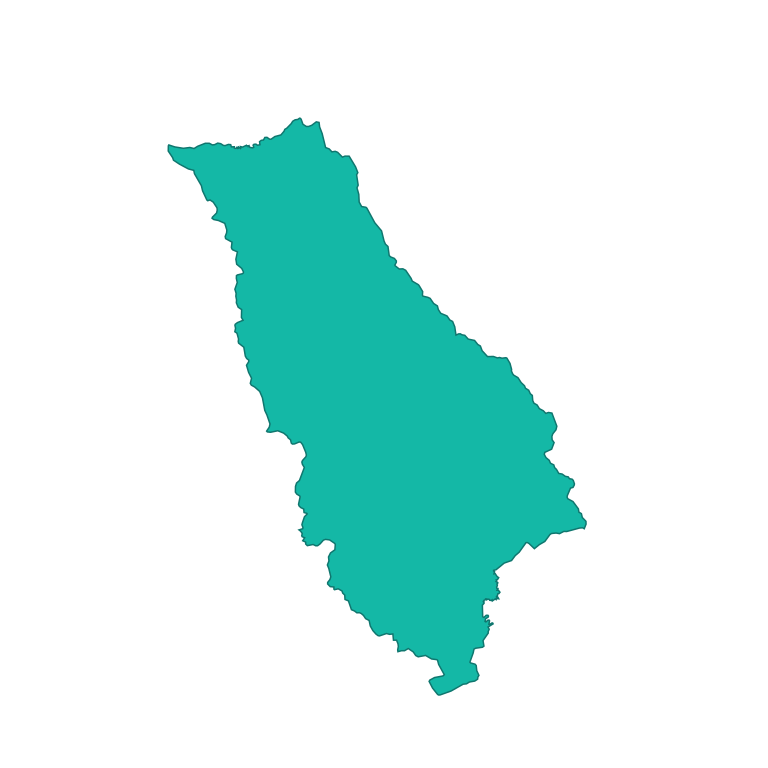 Wang Nuea, Lampang, Thailand, rotated 335°
{"feature_id": "78962969B31160624426446", "entity_name": "Wang Nuea", "entity_type": "district", "adm_level": 2, "iso_a3": "THA", "parent_name": "Thailand", "parent_adm1": "Lampang", "projection": "orthographic", "projection_center": [99.64, 19.158], "detail": "fine", "context": "isolated", "style": "filled", "palette": "teal", "viewbox_px": 768, "rotation_deg": 335, "n_neighbors": 0, "source": "geoboundaries", "source_scale": "gbopen_adm2", "svg_char_len": 6153}
<svg xmlns="http://www.w3.org/2000/svg" viewBox="0 0 768 768"><g transform="rotate(335 384 384)"><path d="M504.3,599.8L507.9,596.4L509.0,593.8L507.3,588.8L508.1,584.9L506.5,582.5L507.4,579.3L505.6,570.4L502.1,565.7L502.1,564.0L502.9,562.7L509.0,557.2L511.6,557.6L513.7,556.0L514.4,555.0L514.8,551.4L514.3,549.8L512.1,548.2L511.7,546.0L509.3,544.3L507.4,540.9L504.6,538.9L504.2,534.2L503.3,531.9L503.7,529.1L501.4,526.1L501.5,523.0L499.7,519.2L499.5,515.6L500.8,513.9L508.4,513.9L513.4,509.0L512.8,505.6L514.0,502.5L515.9,500.5L520.5,498.2L522.8,495.3L523.9,481.3L521.0,479.3L518.2,479.0L517.1,475.6L514.4,472.0L513.9,467.7L511.8,464.8L511.8,461.9L513.6,457.0L512.5,454.7L512.5,450.8L510.4,447.6L510.6,445.0L508.9,440.7L508.1,434.9L505.3,430.8L504.9,429.1L505.0,426.0L505.8,424.7L506.9,418.6L506.3,412.5L505.6,411.7L501.9,410.5L499.9,408.8L497.8,408.3L494.8,405.3L489.4,402.9L487.0,395.3L487.4,390.3L485.7,387.8L484.5,382.8L479.3,378.9L477.8,374.0L475.5,372.4L474.4,370.8L472.8,370.1L469.9,370.1L472.3,362.1L472.6,356.3L470.7,353.8L469.9,349.0L465.3,343.9L464.7,339.5L465.4,335.8L463.0,332.0L462.0,325.9L460.4,324.0L456.4,320.8L456.4,319.7L458.1,316.6L457.5,310.4L457.2,308.7L453.1,302.7L453.2,299.6L451.7,290.1L449.8,287.6L446.4,286.2L444.1,281.6L444.1,280.8L446.6,278.9L447.2,277.7L446.5,274.6L443.7,271.6L443.0,269.8L445.7,261.1L444.4,257.8L444.5,254.3L446.5,244.2L443.8,234.0L442.8,217.4L442.3,216.2L438.7,213.7L438.4,208.6L441.3,201.5L442.4,194.8L444.6,192.9L447.6,182.8L449.6,181.4L450.0,175.2L448.7,162.8L445.0,161.0L442.2,160.8L439.9,154.4L438.1,152.5L434.9,151.6L433.7,147.8L431.0,145.0L433.8,130.9L434.3,123.8L435.7,119.5L433.4,117.8L427.8,119.0L424.4,118.7L422.4,117.7L420.3,114.3L420.8,109.0L420.5,107.9L419.8,107.4L417.7,107.8L415.1,107.0L412.3,107.3L410.0,108.8L403.9,111.1L401.7,111.3L400.2,112.7L395.8,114.7L389.7,113.6L385.1,114.4L383.8,113.8L382.2,111.0L380.2,110.2L377.9,111.9L375.7,111.3L373.6,111.8L372.7,114.7L370.3,114.2L369.3,112.5L367.5,111.8L366.3,112.2L366.0,114.4L364.8,114.5L362.4,112.9L362.4,111.0L361.3,111.4L361.4,110.6L360.2,110.1L360.2,109.5L355.9,109.5L354.3,108.2L354.0,109.6L353.4,109.9L352.3,107.5L351.8,107.6L352.3,108.4L351.6,108.9L350.7,108.6L350.5,107.4L349.6,107.9L348.5,107.5L348.0,106.7L348.6,105.7L345.9,104.6L346.2,102.3L344.2,101.1L340.7,100.8L339.2,99.8L337.6,97.2L335.1,95.4L331.7,95.5L329.5,94.8L327.4,92.0L323.8,90.3L315.6,89.8L311.4,90.3L308.0,87.6L301.8,85.6L294.7,80.8L290.0,76.4L289.2,77.0L286.9,81.7L288.1,89.6L287.8,92.2L291.6,98.4L297.6,106.4L301.9,110.0L301.1,113.3L302.3,127.1L301.2,132.3L301.2,142.3L301.7,143.4L304.1,143.7L306.1,147.0L307.1,153.8L306.3,156.0L304.5,158.3L299.0,160.3L298.2,161.1L299.2,163.0L303.1,165.9L307.6,171.1L306.6,178.1L305.2,180.5L302.4,183.2L301.9,185.3L306.2,191.2L303.4,195.7L303.2,197.2L303.6,198.5L307.0,202.3L302.5,208.3L301.1,213.2L303.9,219.1L304.0,223.1L303.3,224.0L302.2,224.2L297.3,223.2L296.1,223.4L294.8,225.9L293.9,230.0L288.9,235.1L288.3,239.3L286.8,241.9L285.9,245.5L284.5,248.0L284.3,252.8L286.4,256.4L282.9,263.4L283.2,266.7L277.1,266.4L274.4,267.0L273.7,267.8L273.0,270.8L270.9,273.6L272.1,275.5L272.1,276.6L271.2,281.7L269.9,283.8L269.5,285.5L272.5,291.4L270.1,300.1L270.3,302.9L271.5,305.1L270.8,306.6L267.3,308.9L266.2,316.3L266.4,322.8L263.1,326.9L263.3,329.0L265.5,332.0L268.2,338.2L268.0,345.1L264.8,357.5L264.8,362.7L263.8,372.0L261.8,374.6L257.7,377.1L258.0,378.1L260.8,379.8L268.0,381.5L272.3,386.1L274.3,390.3L274.4,392.4L275.7,395.0L275.0,398.4L275.6,399.7L277.6,400.5L282.5,400.7L283.9,401.5L284.6,404.6L284.2,412.9L283.6,415.6L282.5,416.9L277.8,418.9L276.6,420.0L276.1,422.2L276.5,426.0L266.6,435.7L262.9,436.8L260.5,439.4L258.0,444.5L258.4,446.9L260.3,449.8L260.3,450.8L255.7,456.9L255.5,458.6L256.3,460.8L258.4,463.4L257.2,466.7L259.4,468.6L259.5,469.3L255.8,470.7L251.3,475.4L250.1,476.9L249.9,479.8L249.2,480.8L245.3,480.3L246.3,482.3L246.7,484.9L245.3,486.8L245.3,487.8L247.1,489.8L244.1,491.7L246.2,494.2L245.4,495.9L246.2,498.1L251.9,499.5L253.8,501.8L255.5,502.5L258.5,501.9L263.1,499.9L265.3,500.1L268.8,502.3L272.0,507.7L272.0,508.9L269.4,513.5L264.1,514.5L260.6,517.3L259.3,521.1L256.2,524.1L256.0,527.9L254.3,536.3L252.3,538.4L249.1,540.0L248.4,541.4L249.6,544.9L252.8,546.8L251.9,548.8L252.2,549.5L256.0,550.3L258.5,553.9L258.2,556.0L259.2,558.7L257.6,562.8L260.1,565.5L259.1,574.8L261.3,577.2L262.7,579.9L265.1,580.9L266.4,582.4L267.6,585.1L268.2,588.9L270.6,592.0L269.3,597.5L269.7,602.8L271.0,607.2L272.3,609.6L273.5,610.4L280.8,611.2L283.2,613.2L286.4,614.3L284.3,620.2L287.1,621.5L286.9,625.3L286.1,627.9L284.0,630.8L283.5,632.5L287.1,633.1L289.9,634.4L294.2,634.0L297.3,639.2L298.0,643.5L299.7,645.7L307.0,647.6L310.9,653.3L315.3,656.1L315.8,657.0L315.0,661.3L315.8,672.9L314.0,673.5L305.8,671.4L300.4,671.7L299.2,672.6L299.5,680.2L301.4,688.0L302.0,688.9L303.4,689.5L315.1,690.6L328.8,689.5L332.1,690.6L335.5,690.2L340.7,691.6L344.1,691.1L345.2,689.3L346.9,688.2L346.9,683.1L348.6,678.1L348.1,676.4L344.6,673.4L344.3,672.4L351.2,665.4L353.5,662.3L355.4,662.2L362.0,664.2L363.8,663.8L365.3,658.4L373.2,653.8L373.7,652.5L375.7,650.7L375.6,648.2L381.5,647.5L381.5,646.6L381.0,646.2L378.1,646.5L377.5,646.1L379.6,643.2L379.4,642.3L378.1,642.0L375.8,642.7L375.2,641.9L376.8,639.7L379.9,639.3L380.6,638.5L380.5,637.6L378.9,636.8L375.9,637.8L375.1,636.6L379.7,626.0L381.9,625.1L381.9,624.3L382.6,623.9L382.1,623.1L383.2,622.3L384.6,622.4L385.2,621.7L386.0,622.1L385.9,623.0L387.2,622.8L388.5,623.8L388.4,624.7L389.9,625.6L390.7,625.3L390.5,626.4L394.0,625.8L394.5,626.8L395.2,626.0L397.2,627.1L397.0,624.9L395.9,624.7L396.0,624.3L397.4,623.6L398.6,622.2L399.6,622.5L401.1,621.7L400.5,619.1L399.3,618.7L400.8,617.5L399.9,616.9L400.3,615.5L401.5,614.7L401.8,613.0L402.5,613.0L403.2,612.0L402.0,610.4L402.8,610.1L403.0,608.9L404.2,609.2L406.1,608.0L405.1,606.2L404.6,602.7L403.5,602.5L404.9,600.7L404.3,599.9L404.6,599.2L407.1,599.7L417.3,597.1L425.0,597.9L430.4,595.0L435.4,593.6L445.7,587.8L446.9,588.3L448.0,589.8L450.7,596.8L457.0,595.2L463.2,594.7L470.9,590.5L472.7,590.3L477.0,591.8L479.8,593.8L484.7,593.6L487.2,594.9L500.4,597.2L503.3,598.3L504.3,599.8Z" fill="#14b8a6" stroke="#0f766e" stroke-width="1.5"/></g></svg>